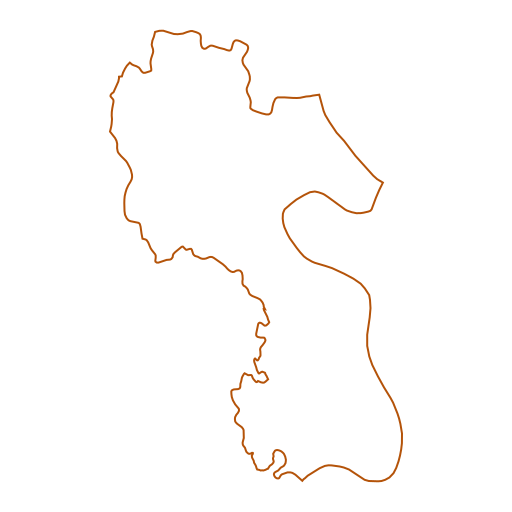 Nha Be, Hồ Chí Minh city, Vietnam
{"feature_id": "81297802B80984092880643", "entity_name": "Nha Be", "entity_type": "district", "adm_level": 2, "iso_a3": "VNM", "parent_name": "Vietnam", "parent_adm1": "Hồ Chí Minh city", "projection": "robinson", "projection_center": [106.723, 10.651], "detail": "fine", "context": "isolated", "style": "outline", "palette": "amber", "viewbox_px": 512, "rotation_deg": 0, "n_neighbors": 0, "source": "geoboundaries", "source_scale": "gbopen_adm2", "svg_char_len": 6020}
<svg xmlns="http://www.w3.org/2000/svg" viewBox="0 0 512 512"><path d="M142.5,238.7L145.6,239.5L146.7,240.2L148.2,242.4L150.6,248.2L151.9,250.2L155.2,254.3L155.7,255.5L155.7,257.7L155.3,260.9L155.5,261.7L156.8,262.6L158.5,262.6L166.6,259.9L170.0,259.6L171.3,259.0L172.6,257.3L173.0,255.0L173.5,253.9L175.0,252.3L181.4,247.0L182.2,246.6L182.9,246.6L185.8,249.6L186.6,249.8L189.7,248.9L191.1,248.9L191.8,249.7L193.2,254.1L193.8,254.9L194.8,255.8L195.8,256.2L197.7,256.7L200.6,258.3L202.4,258.8L204.3,258.8L206.0,258.5L209.4,257.1L210.8,256.9L212.3,257.1L213.8,257.9L222.8,264.2L225.5,266.6L227.3,268.7L228.8,270.1L230.7,271.4L232.5,272.0L234.0,271.9L236.5,270.6L238.3,270.3L239.5,270.5L240.6,271.1L241.9,272.8L242.5,275.5L242.7,279.1L242.4,281.3L242.5,283.8L243.6,285.7L245.0,286.4L246.5,287.8L247.8,289.5L249.3,293.6L250.4,294.8L252.3,296.0L257.5,298.1L260.0,299.4L261.1,300.6L262.6,302.6L263.6,305.0L263.8,306.9L264.9,309.0L264.3,308.8L263.7,308.9L263.9,310.0L267.3,316.8L268.1,319.7L269.2,322.2L268.4,323.5L266.5,325.2L265.8,325.6L264.5,325.6L261.5,323.2L260.0,322.7L259.6,322.7L258.7,323.2L258.2,324.0L256.2,333.7L256.2,334.9L256.3,335.6L257.3,336.7L258.0,337.0L260.6,337.6L263.3,337.6L264.4,337.8L265.3,339.4L265.4,340.6L264.7,342.2L262.7,345.0L260.9,347.1L260.3,348.4L260.1,349.7L260.4,351.7L260.5,355.2L260.4,355.9L259.1,357.8L258.6,359.3L257.8,360.3L257.4,360.4L257.0,360.3L255.1,358.5L254.8,358.6L254.3,359.4L254.1,360.5L254.3,362.0L256.2,367.3L256.9,370.0L258.4,373.0L258.7,373.4L259.1,373.5L261.2,372.1L262.2,371.7L264.9,372.7L265.1,372.9L265.5,374.4L266.4,375.7L268.1,379.3L265.3,381.8L264.0,382.6L263.0,382.7L260.9,382.3L258.0,381.0L257.2,381.9L256.3,382.1L255.5,381.5L253.5,379.2L252.6,377.7L251.9,375.7L251.4,375.1L250.8,375.0L248.2,375.2L244.6,373.3L243.9,374.0L242.4,376.6L241.9,377.8L241.2,381.3L240.4,383.9L240.3,386.5L240.1,387.6L239.5,388.5L238.1,389.1L234.0,389.4L233.1,389.7L231.8,390.4L231.3,391.4L231.4,394.0L231.8,397.0L232.9,400.3L235.2,404.4L238.8,408.7L239.0,409.9L238.9,411.0L237.9,412.9L236.3,414.8L235.1,417.2L234.9,419.0L235.2,421.4L235.9,422.5L237.3,423.9L241.8,427.2L243.1,428.9L243.6,430.1L243.8,438.0L242.8,441.8L242.6,442.9L242.8,444.5L243.2,445.5L245.0,447.8L245.9,450.6L246.4,451.8L247.8,453.2L248.6,453.7L249.6,453.8L250.6,453.6L252.0,452.8L252.8,452.9L252.9,453.7L251.8,455.6L252.0,457.2L252.3,458.1L253.7,460.7L254.1,462.8L255.3,464.7L256.0,466.2L256.6,468.3L257.2,469.5L259.3,469.9L260.7,470.5L262.1,470.3L263.2,470.5L265.3,469.9L267.5,468.8L267.9,468.8L269.8,465.8L272.1,464.2L273.4,462.6L273.7,461.3L273.0,459.0L273.0,458.2L273.6,456.3L273.2,453.8L274.1,452.1L275.0,450.7L276.0,450.2L277.1,450.0L278.8,450.3L280.6,451.0L281.6,451.6L283.2,453.0L284.0,454.0L285.2,456.6L285.9,459.7L285.8,461.2L285.5,463.1L284.3,465.2L283.6,466.0L280.7,467.7L278.2,470.5L275.4,472.0L274.6,472.6L274.1,473.4L273.9,474.2L274.1,475.2L274.5,476.2L275.4,477.4L276.6,478.2L277.4,478.4L278.6,478.4L279.2,478.0L280.8,475.3L282.0,474.3L287.5,472.4L290.4,472.4L292.4,472.9L295.4,474.7L302.3,480.8L303.6,479.2L304.9,478.3L307.7,475.7L318.4,469.0L319.9,468.1L324.9,465.9L328.5,465.3L331.6,465.4L339.7,466.5L343.8,467.5L349.0,469.5L364.6,479.8L368.8,481.0L378.1,481.3L381.5,481.0L385.2,479.8L389.4,477.5L393.5,473.2L396.2,468.0L398.5,461.4L400.0,455.6L401.2,449.3L401.9,443.3L402.0,433.5L400.4,423.9L399.1,418.6L397.5,413.6L393.1,402.7L390.5,397.9L383.9,387.2L377.9,376.3L372.3,365.0L369.3,356.5L367.2,345.9L367.2,334.7L369.7,317.4L370.5,308.2L370.0,299.9L369.2,295.1L364.8,288.4L360.7,283.7L353.3,278.6L344.1,273.7L332.0,268.1L325.3,265.9L314.8,262.8L312.0,261.6L306.8,258.6L303.9,256.4L300.1,252.2L296.7,247.9L289.8,238.3L287.5,234.1L284.4,227.2L283.3,223.2L282.7,218.6L282.9,213.8L283.4,212.2L284.6,209.4L290.9,203.9L296.4,199.6L304.1,195.1L310.0,192.2L314.8,191.5L318.5,192.3L322.6,193.7L324.4,194.6L328.1,197.1L344.9,209.4L346.8,210.5L351.8,212.2L356.4,213.2L360.8,213.1L363.5,212.7L368.3,211.6L370.4,210.8L371.6,209.4L375.9,197.8L379.2,190.1L382.9,182.6L377.2,179.2L373.2,175.6L355.4,155.8L344.1,140.9L336.6,132.7L329.5,122.1L325.3,115.1L323.6,110.9L319.2,94.7L312.7,95.6L310.2,96.2L306.2,96.5L300.0,97.8L296.9,98.0L292.5,97.9L284.5,97.4L277.7,97.4L276.4,98.0L275.2,99.1L274.5,100.6L273.4,103.1L272.5,106.9L272.0,110.0L271.3,112.3L270.2,113.6L268.7,114.4L266.1,114.4L261.9,113.4L256.5,111.6L252.9,110.2L250.8,108.7L250.4,108.2L250.3,107.1L250.8,102.2L250.5,100.3L249.7,97.6L247.3,92.8L246.9,91.1L246.7,89.6L246.8,88.2L249.6,81.0L249.9,79.4L249.8,76.5L249.4,74.8L248.2,71.2L243.5,64.6L242.8,62.8L242.4,60.2L243.0,57.7L247.0,51.8L247.7,50.0L248.1,48.4L248.1,47.2L247.7,45.9L246.6,44.7L240.3,41.3L237.9,40.5L236.0,40.3L234.7,40.8L233.5,42.2L232.8,44.0L231.5,48.8L230.6,50.2L229.2,50.6L226.9,50.1L224.3,49.1L218.9,47.8L212.9,45.8L211.7,45.6L210.3,45.7L208.2,46.9L205.9,48.5L204.8,48.8L203.8,48.7L202.3,47.8L201.3,45.8L200.9,43.5L200.7,40.8L200.9,37.9L200.7,35.9L200.2,34.7L199.6,33.9L198.1,33.0L196.2,32.2L192.2,31.0L190.4,31.1L186.9,32.1L182.9,33.6L177.7,34.2L173.9,34.0L163.2,30.7L159.4,30.8L155.1,31.9L153.9,36.7L152.4,40.6L151.7,44.6L152.0,46.2L153.0,49.2L153.2,51.5L152.9,53.1L151.1,58.6L150.6,61.2L150.5,63.3L151.3,69.2L151.2,70.6L149.9,71.3L145.1,72.8L143.4,72.8L142.5,72.2L141.5,71.2L139.7,68.5L138.9,67.6L136.4,66.2L134.0,65.4L132.2,64.6L129.8,62.6L126.9,65.7L125.1,68.5L123.0,72.7L121.9,76.4L119.0,76.7L119.0,78.3L118.3,81.6L113.5,92.3L111.9,93.4L111.2,94.2L110.7,95.0L110.5,95.7L110.5,96.2L110.7,96.6L113.0,99.3L113.4,100.1L113.5,101.1L113.4,102.4L112.3,108.2L111.8,112.0L111.7,115.7L112.0,119.2L111.6,124.1L111.2,126.6L110.0,131.6L115.1,138.1L116.5,140.9L117.2,143.9L117.1,148.1L117.6,151.0L117.9,152.0L118.7,153.3L121.0,156.0L126.0,161.0L127.2,162.7L129.8,167.6L130.8,169.8L132.0,174.6L132.1,177.0L131.7,179.2L130.5,181.7L128.3,185.3L126.6,189.0L125.5,192.6L124.7,196.1L124.4,199.5L124.3,203.0L124.5,211.0L125.0,214.7L126.6,218.1L127.9,219.7L129.2,220.7L130.6,221.2L138.4,222.8L139.2,223.3L139.9,224.2L140.6,226.8L141.5,233.4L142.5,238.7Z" fill="none" stroke="#b45309" stroke-width="2"/></svg>